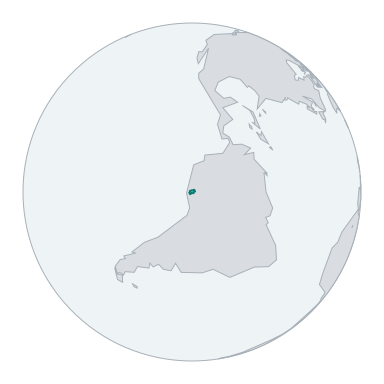 Huancavelica highlighted on a globe, orthographic projection, rotated 46°
{"feature_id": "PER-588", "entity_name": "Huancavelica", "entity_type": "Department", "adm_level": 1, "iso_a3": "PER", "parent_name": "Peru", "parent_adm1": "", "projection": "orthographic", "projection_center": [-74.962, -13.06], "detail": "fine", "context": "on_globe", "style": "filled", "palette": "teal", "viewbox_px": 384, "rotation_deg": 46, "n_neighbors": 0, "source": "natural_earth", "source_scale": "10m", "svg_char_len": 6516}
<svg xmlns="http://www.w3.org/2000/svg" viewBox="0 0 384 384"><g transform="rotate(46 192 192)"><circle cx="192" cy="192" r="169" fill="#eef3f6" stroke="#a8b0b8"/><path d="M148.1,28.8L155.7,27.9L158.3,27.1L163.3,26.8L168.2,25.9L168.5,26.4L172.1,25.4L170.9,25.2L172.1,24.7L174.8,24.4L175.7,24.7L174.4,25.0L176.1,25.0L175.3,25.4L177.3,25.0L178.0,25.8L181.3,24.5L185.3,24.9L184.6,25.6L179.4,26.1L164.9,30.7L162.6,32.5L164.6,34.0L179.7,35.3L179.4,37.4L182.9,39.9L185.5,38.2L183.7,35.7L189.4,33.7L186.6,31.5L188.5,30.5L187.7,28.5L193.5,28.4L199.7,29.6L200.6,31.4L203.3,32.1L207.1,30.4L213.3,34.4L225.2,38.5L226.2,39.9L219.8,41.9L208.1,41.3L199.8,45.9L211.0,42.8L213.3,47.2L216.1,48.0L219.3,48.0L220.7,46.4L222.7,48.1L212.4,51.3L210.4,49.8L213.7,48.6L208.2,48.7L201.3,51.8L203.0,54.2L190.7,57.9L191.8,59.8L189.7,62.0L188.8,58.5L190.2,65.2L176.0,73.8L177.6,87.5L169.7,77.2L163.1,76.4L155.1,77.4L155.2,79.5L144.5,79.0L134.8,85.0L131.2,96.7L134.8,105.1L146.7,104.1L150.3,98.6L159.1,96.8L152.8,111.3L168.1,112.2L166.5,123.3L171.0,128.9L178.6,127.0L186.5,129.6L192.2,122.9L201.2,119.3L201.5,128.4L206.4,120.1L211.6,124.6L229.6,124.9L228.2,126.9L243.4,138.7L259.6,145.1L263.3,152.4L261.4,156.6L267.0,158.5L267.0,161.4L288.7,169.0L299.5,178.4L298.9,188.8L289.4,199.2L279.7,224.1L262.3,230.5L257.2,240.9L242.3,255.6L231.9,253.4L234.1,261.8L227.7,266.3L220.8,266.2L219.0,271.9L213.8,271.8L216.8,275.8L207.8,283.0L209.6,289.4L202.9,295.4L204.2,299.2L201.9,299.0L199.3,300.3L198.9,302.4L192.0,298.8L190.7,290.4L193.7,286.2L190.6,285.5L196.9,274.8L193.4,276.9L195.2,261.0L200.8,248.1L205.3,211.8L201.8,204.7L189.0,196.7L173.6,171.9L177.9,161.6L174.4,157.1L185.6,142.9L182.6,130.5L178.6,128.8L174.7,133.6L161.1,126.7L156.3,117.9L115.4,108.5L111.3,104.9L111.6,98.1L100.1,80.3L104.1,98.3L99.2,95.5L95.7,89.6L98.2,87.3L96.6,78.6L92.5,76.6L94.1,66.6L106.1,52.9L107.0,53.9L109.8,51.0L108.7,49.7L107.4,49.7L115.4,41.9L114.3,42.0L125.2,36.8L136.5,32.4L148.1,28.8ZM34.3,132.8L35.5,129.3L35.2,130.7L34.3,132.8ZM35.9,127.8L35.6,128.9L35.8,128.1L35.9,127.8ZM35.9,127.7L35.9,127.8L35.8,128.0L35.9,127.7ZM35.7,127.9L35.9,127.6L35.8,127.8L35.7,127.9ZM176.7,92.5L194.2,99.1L184.3,100.2L186.1,98.8L181.7,96.0L173.4,93.7L164.7,95.7L176.7,92.5ZM36.2,126.6L36.3,126.3L35.9,127.3L36.0,127.2L36.2,126.6ZM184.5,84.3L181.4,83.8L184.4,83.7L184.5,84.3ZM106.2,50.1L108.4,50.0L108.1,52.0L105.9,52.2L106.2,50.1ZM107.2,47.3L109.2,46.4L105.9,49.0L105.8,48.6L107.2,47.3ZM184.5,28.8L186.1,28.7L185.4,29.1L184.5,28.8ZM182.7,28.2L180.9,28.8L179.7,28.6L180.9,28.3L182.7,28.2ZM185.3,27.6L178.0,28.3L176.0,28.0L178.8,26.5L185.3,27.6ZM169.3,25.3L170.7,25.5L167.0,25.7L169.3,25.3ZM161.1,25.9L163.6,25.5L162.9,25.7L165.8,25.1L166.7,25.6L153.6,27.9L153.0,27.7L157.5,26.8L154.6,27.2L158.6,26.4L161.1,25.9ZM172.3,24.6L169.7,24.9L169.0,24.7L174.0,24.1L172.6,24.3L172.3,24.6ZM174.2,24.2L176.6,23.8L179.4,23.7L174.8,24.3L174.2,24.2ZM166.6,25.0L168.2,24.8L166.6,25.0ZM190.9,23.5L187.8,23.5L187.1,23.4L190.9,23.5ZM177.2,23.7L176.2,23.8L175.6,23.9L177.8,23.6L177.2,23.7ZM180.1,23.5L181.7,23.4L187.5,23.1L188.3,23.2L178.7,23.6L178.4,23.6L180.1,23.5ZM176.0,23.8L175.9,23.8L173.5,24.1L176.0,23.8ZM203.3,306.4L192.5,300.1L198.7,302.9L203.3,299.8L208.8,304.6L203.3,306.4ZM216.8,298.5L222.0,297.1L223.1,298.2L219.8,299.5L216.8,298.5ZM313.4,74.5L321.5,84.6L320.2,84.6L315.5,80.9L304.5,68.2L308.5,69.9L304.7,66.2L297.1,59.9L299.0,61.2L296.4,59.1L296.6,59.3L313.4,74.5ZM330.3,289.1L331.6,286.2L335.6,280.2L342.4,267.1L353.6,237.1L357.2,225.4L359.0,215.3L359.9,191.0L360.0,179.7L359.3,174.0L358.4,173.7L357.0,167.0L356.1,165.9L347.1,164.6L341.8,155.3L329.6,130.2L329.4,122.1L324.9,111.9L320.0,84.7L323.9,88.0L325.5,88.4L332.5,98.1L338.7,108.2L344.3,118.8L349.1,129.7L353.1,141.0L356.3,152.5L358.7,164.2L360.2,176.0L360.9,187.9L360.8,199.9L359.8,211.8L358.0,223.6L355.3,235.2L351.9,246.6L347.6,257.8L342.6,268.6L336.8,279.1L330.3,289.1ZM327.5,99.2L329.0,102.0L327.5,99.2ZM230.1,124.8L232.3,126.6L229.5,126.5L230.1,124.8ZM182.9,103.7L186.6,103.8L188.5,105.1L185.7,105.6L182.9,103.7ZM213.9,103.9L218.1,104.7L213.8,105.3L213.9,103.9ZM196.9,100.1L210.5,103.5L202.0,105.9L193.4,104.0L199.3,103.2L196.9,100.1ZM182.8,88.9L185.1,89.4L184.4,90.9L182.8,88.9ZM186.6,84.2L185.7,84.4L184.6,83.2L186.6,84.2ZM213.9,47.0L214.8,46.8L218.1,47.1L216.6,47.7L213.9,47.0ZM232.4,45.1L235.2,48.0L232.2,46.2L230.7,47.3L222.4,45.2L226.3,40.6L226.0,42.9L232.4,45.1ZM212.3,41.9L217.2,43.2L211.7,42.0L212.3,41.9ZM281.2,48.6L283.7,50.1L286.5,52.1L286.6,52.6L282.5,49.6L281.2,48.6ZM294.2,57.4L293.2,56.9L291.9,55.8L289.6,54.2L287.0,52.3L294.2,57.4ZM254.4,35.0L254.7,35.3L250.6,33.8L250.4,33.7L245.9,32.1L249.6,33.2L254.4,35.0ZM191.7,25.4L189.7,25.5L189.4,25.3L191.0,25.0L191.7,25.4ZM189.5,23.5L200.3,24.7L198.6,24.9L207.1,26.0L205.7,27.0L200.2,26.1L205.5,28.0L200.0,27.6L204.2,29.0L192.2,26.9L187.5,27.0L193.2,26.4L194.6,25.4L193.8,25.1L188.0,24.3L178.6,24.5L178.4,24.0L180.9,23.6L183.1,23.5L182.5,23.7L185.9,23.4L186.8,23.7L189.5,23.5ZM234.3,28.4L234.9,28.6L235.7,28.8L237.2,29.2L232.4,29.3L233.3,30.9L236.1,33.1L229.0,31.6L221.7,29.0L215.5,26.5L215.7,25.4L212.4,25.2L211.5,24.8L214.5,25.1L209.4,24.4L209.5,24.2L203.9,23.5L196.6,23.1L194.6,23.1L207.9,23.8L221.2,25.6L234.3,28.4ZM189.2,23.1L188.1,23.1L182.1,23.3L189.2,23.1Z" fill="#d9dde1" stroke="#a8b0b8" stroke-width="1"/><path d="M193.7,189.3L193.4,189.5L193.2,189.9L193.2,190.0L193.3,190.2L193.5,190.2L193.5,190.3L193.6,190.5L193.8,190.6L193.8,190.8L193.8,191.0L193.9,191.3L193.8,191.5L193.9,191.8L194.0,191.9L193.9,192.0L193.8,191.9L193.7,191.9L193.6,192.0L193.6,192.3L193.4,192.4L193.2,192.4L193.0,192.5L192.8,192.6L192.9,192.8L193.0,192.8L192.9,193.0L192.8,192.9L192.7,192.9L192.5,192.7L192.4,192.8L192.2,192.8L192.1,193.1L192.3,193.3L192.4,193.5L192.5,193.5L192.5,193.8L192.6,194.1L192.7,194.3L192.7,194.5L192.6,194.8L192.4,194.9L191.9,195.0L191.7,195.1L191.4,195.0L191.2,194.9L191.0,194.7L190.9,194.7L190.7,194.6L190.4,194.5L190.4,194.4L190.3,194.2L190.4,193.8L190.4,193.7L190.4,193.4L190.5,193.2L190.4,193.1L190.1,193.1L189.9,193.0L189.7,193.0L189.6,192.9L189.7,192.7L189.8,192.5L189.9,192.4L189.8,192.1L190.0,192.0L190.0,191.9L190.1,191.7L190.2,191.4L190.3,191.3L190.4,191.2L190.5,191.1L190.5,190.9L190.6,190.7L190.8,190.5L191.0,190.3L191.1,190.2L191.3,190.1L191.5,190.0L191.5,189.9L191.4,189.8L191.4,189.7L191.5,189.7L191.7,189.4L191.7,189.2L191.6,188.9L191.8,188.8L191.9,189.0L192.0,189.0L192.3,189.0L192.5,189.0L192.7,188.9L192.8,188.8L193.0,188.9L193.2,189.0L193.3,189.0L193.5,189.2L193.7,189.3Z" fill="#14b8a6" stroke="#0f766e" stroke-width="1.5"/></g></svg>